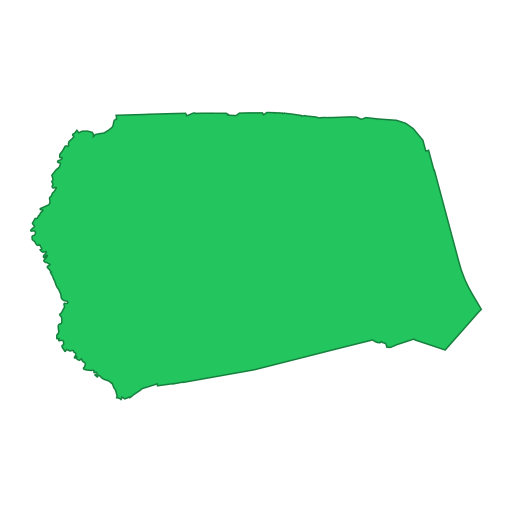 outline of Waalre, Noord-Brabant, Netherlands
{"feature_id": "6326949B57624243850384", "entity_name": "Waalre", "entity_type": "district", "adm_level": 2, "iso_a3": "NLD", "parent_name": "Netherlands", "parent_adm1": "Noord-Brabant", "projection": "orthographic", "projection_center": [5.434, 51.386], "detail": "fine", "context": "isolated", "style": "filled", "palette": "green", "viewbox_px": 512, "rotation_deg": 0, "n_neighbors": 0, "source": "geoboundaries", "source_scale": "gbopen_adm2", "svg_char_len": 5706}
<svg xmlns="http://www.w3.org/2000/svg" viewBox="0 0 512 512"><path d="M76.0,131.4L75.1,132.8L74.2,133.4L72.8,134.3L72.6,134.6L72.6,135.0L73.8,136.6L73.8,136.8L73.1,137.7L72.1,138.8L69.1,141.4L68.4,143.6L68.6,145.7L68.4,146.0L67.9,146.4L67.5,146.4L66.4,145.9L65.6,146.0L65.2,146.2L64.2,147.8L62.9,150.4L60.7,153.2L59.9,154.2L59.7,155.3L59.7,156.2L59.7,157.2L59.8,157.5L60.1,157.6L62.0,157.5L62.2,158.0L61.8,158.8L60.7,159.8L58.5,160.6L57.6,161.2L57.6,161.4L57.6,161.8L57.8,162.3L58.1,162.5L60.2,163.0L60.5,163.4L59.8,166.0L59.2,167.1L58.4,168.0L56.3,169.6L52.0,175.0L51.9,175.4L51.9,175.7L52.8,178.4L53.0,179.5L52.9,180.0L52.2,180.9L51.8,181.6L51.9,182.1L52.4,182.8L53.0,184.0L52.8,184.9L52.3,185.8L52.1,186.5L52.3,187.3L52.6,187.8L53.2,188.0L54.3,187.8L55.9,187.5L56.3,187.7L56.3,188.1L54.5,191.0L53.6,192.2L52.7,192.9L52.3,193.4L52.0,194.3L51.8,195.0L51.5,195.8L50.2,197.0L49.9,197.4L49.5,198.2L49.6,199.4L50.0,201.2L49.7,203.6L49.1,204.4L47.7,205.3L40.7,208.4L40.2,208.8L40.2,209.3L40.6,209.7L42.6,209.8L42.8,210.5L42.6,211.1L42.4,211.2L40.8,212.5L40.0,213.9L39.6,215.0L39.3,215.5L38.7,215.6L38.4,215.9L37.8,217.5L37.3,218.3L36.8,218.5L35.6,218.4L35.1,218.5L34.6,219.4L33.4,221.6L32.4,223.2L32.5,223.5L32.6,223.8L34.2,225.8L34.4,226.2L34.4,226.6L34.2,227.0L33.0,228.0L31.6,229.2L31.0,230.0L30.7,230.7L31.1,231.1L33.9,230.9L34.8,231.1L35.1,231.4L35.4,232.1L35.4,232.8L35.4,233.5L35.1,234.2L34.8,234.8L34.6,235.1L32.5,236.0L32.3,236.2L32.0,236.6L32.0,237.0L32.2,239.2L32.4,239.8L34.6,241.5L35.2,242.4L36.1,244.0L36.7,244.8L37.1,245.1L37.6,245.3L38.2,245.4L38.5,245.3L39.1,244.7L39.7,244.8L40.4,246.2L41.7,248.4L41.7,249.1L40.1,249.8L40.5,250.4L41.3,251.2L42.5,252.1L43.0,252.2L43.8,252.1L45.6,251.6L46.1,251.6L46.5,252.0L46.1,252.8L45.2,253.9L43.7,255.5L43.4,256.5L43.4,256.9L43.7,257.5L44.3,257.7L44.7,257.5L45.2,256.5L46.1,255.6L46.5,255.4L46.9,255.3L47.3,255.4L47.4,255.7L47.1,256.5L43.9,260.3L43.8,260.7L44.0,261.1L44.8,262.0L45.6,262.5L46.3,262.6L47.0,262.5L48.4,263.5L50.0,264.4L50.0,264.5L49.9,264.9L49.6,265.1L47.5,266.3L47.3,266.7L47.3,267.2L48.0,268.3L48.6,268.7L49.3,269.5L50.1,270.8L50.7,271.5L51.3,272.1L50.6,272.6L52.6,276.3L53.2,277.6L53.2,277.8L53.3,278.4L54.9,281.5L55.7,284.1L56.4,285.9L57.4,287.8L58.5,289.1L58.8,289.7L59.5,291.3L60.6,293.8L60.9,294.9L61.1,297.0L61.4,298.2L62.3,299.4L63.0,300.0L64.3,300.7L66.2,301.0L66.9,301.2L67.5,301.6L67.8,302.1L67.9,302.6L67.8,302.8L67.4,303.2L66.8,303.5L66.1,303.5L64.4,303.3L64.1,303.6L64.0,304.1L64.0,305.1L64.5,306.5L64.5,307.1L62.7,310.4L61.8,312.2L61.0,313.3L60.0,313.9L59.8,314.4L59.8,314.9L60.1,315.5L60.5,316.0L61.4,317.1L61.8,318.3L61.8,321.9L61.5,323.2L61.1,323.6L59.6,324.0L58.9,324.5L58.6,324.8L58.3,325.7L58.2,326.5L58.3,328.5L58.8,331.6L58.6,332.5L58.3,333.2L57.1,334.7L56.9,335.0L56.8,335.8L56.8,338.6L57.1,338.8L58.9,338.7L59.0,338.7L58.7,340.3L58.8,340.5L59.2,340.8L61.8,340.3L62.7,340.5L63.5,341.5L63.6,344.4L63.5,344.6L62.2,345.4L62.0,345.8L61.9,346.1L62.1,347.0L62.5,347.8L64.2,350.3L64.7,351.2L65.1,351.4L65.4,351.3L66.3,349.9L66.5,349.8L67.7,349.9L69.4,350.8L69.9,351.0L72.1,350.5L72.9,350.4L73.1,350.5L74.1,352.4L75.1,352.7L75.4,353.0L75.7,353.2L75.9,353.9L75.9,354.2L75.9,354.6L75.3,355.8L74.4,357.4L74.4,357.6L74.5,357.9L75.0,357.9L76.2,356.8L76.7,356.6L76.8,356.8L76.5,357.6L76.3,358.4L76.3,358.5L78.4,360.0L79.2,360.2L79.7,360.2L81.3,358.9L81.5,358.9L81.7,359.1L82.1,360.5L82.6,361.2L83.2,361.8L84.7,362.7L85.1,363.1L85.3,363.7L85.2,364.7L84.8,366.3L84.6,366.7L83.6,367.8L83.5,368.2L83.5,368.5L83.6,368.9L84.3,369.3L85.6,369.8L88.4,370.2L90.5,370.4L91.2,370.5L92.6,370.2L93.2,370.2L93.6,370.4L93.8,370.9L93.9,371.1L94.0,372.3L94.2,372.7L94.5,372.7L96.0,372.2L96.5,372.4L96.9,372.7L97.1,373.3L97.1,374.2L97.0,374.5L96.5,374.7L95.7,374.5L95.3,374.5L95.0,374.8L95.0,375.0L97.1,376.9L97.3,377.0L97.5,376.9L98.0,375.9L98.4,375.5L99.2,375.5L99.5,375.6L100.7,376.8L101.9,378.1L103.7,379.1L105.8,380.0L108.2,380.7L111.0,382.6L111.5,383.4L111.8,383.5L112.1,383.3L112.7,384.6L113.8,387.6L115.5,390.1L116.2,392.5L117.1,395.9L117.0,396.4L116.6,397.8L117.6,397.8L119.2,398.3L119.6,398.5L120.4,398.8L121.0,399.5L121.8,398.0L122.0,397.1L124.9,398.9L129.6,397.0L129.9,397.7L133.8,394.6L140.5,390.1L142.0,388.7L157.2,383.9L157.5,385.8L172.7,383.7L172.8,384.0L183.0,382.1L183.2,382.4L254.2,369.8L336.7,348.9L372.3,340.0L373.3,340.4L374.3,341.0L375.2,341.7L375.7,341.8L376.6,342.3L377.6,342.5L379.5,342.8L380.3,342.6L381.0,341.7L381.6,341.7L382.2,342.4L382.8,342.7L384.1,342.9L385.9,343.9L386.2,344.6L386.8,347.1L387.7,346.9L388.0,347.1L388.1,347.4L390.5,347.4L396.8,344.7L414.1,339.0L414.8,339.9L445.2,350.0L478.7,312.0L481.3,309.4L471.7,293.1L468.6,287.4L465.8,281.6L464.5,278.6L462.2,272.5L461.1,269.5L460.2,266.4L458.4,260.1L434.4,170.3L434.0,170.5L428.6,150.3L425.8,151.1L422.9,140.3L413.4,128.8L405.7,123.3L396.5,120.3L378.2,119.0L378.0,119.3L377.5,118.9L365.8,117.6L362.2,119.1L360.5,119.0L356.6,117.1L350.0,116.9L333.6,117.5L327.1,117.6L323.8,117.5L320.5,117.7L320.3,118.0L319.2,117.9L315.7,117.0L314.4,116.8L305.8,116.0L305.4,115.6L301.5,116.1L301.4,115.5L291.4,114.0L284.6,113.3L284.5,113.1L282.5,113.6L282.4,113.1L277.0,112.8L275.2,113.2L275.1,112.7L266.8,112.5L263.6,114.8L262.5,112.9L248.4,112.9L239.5,113.1L236.0,115.6L227.8,115.1L228.1,114.4L226.2,113.3L203.2,113.2L195.1,113.4L194.9,113.0L193.5,113.0L186.8,115.8L185.6,113.3L171.8,113.6L147.0,114.3L146.9,114.4L116.1,115.3L116.7,118.9L116.1,119.2L115.9,119.2L115.2,119.8L114.3,120.3L113.8,121.7L113.0,125.6L112.7,126.5L111.9,127.5L108.6,130.2L104.4,132.8L103.1,133.2L100.5,133.5L95.4,134.5L95.2,134.7L93.4,136.6L93.5,135.3L93.5,134.7L93.3,134.1L92.3,132.4L87.5,131.1L82.2,131.2L78.8,132.8L76.9,130.3L76.0,131.4Z" fill="#22c55e" stroke="#15803d" stroke-width="1.5"/></svg>